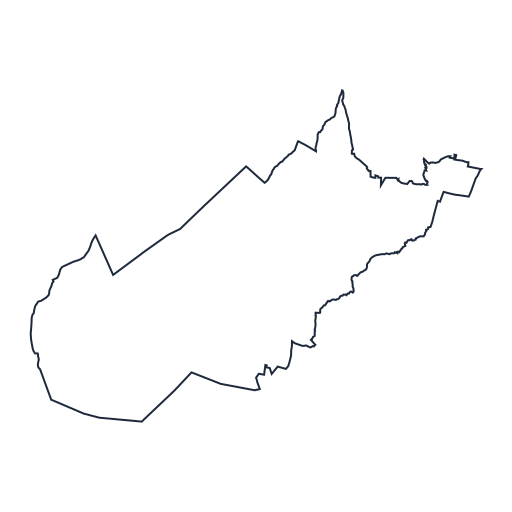 Nanacamilpa de Mariano Arista, Tlaxcala, Mexico (Natural Earth projection)
{"feature_id": "50627088B60175969461115", "entity_name": "Nanacamilpa de Mariano Arista", "entity_type": "district", "adm_level": 2, "iso_a3": "MEX", "parent_name": "Mexico", "parent_adm1": "Tlaxcala", "projection": "natural_earth1", "projection_center": [-98.513, 19.508], "detail": "fine", "context": "isolated", "style": "outline", "palette": "slate", "viewbox_px": 512, "rotation_deg": 0, "n_neighbors": 0, "source": "geoboundaries", "source_scale": "gbopen_adm2", "svg_char_len": 6045}
<svg xmlns="http://www.w3.org/2000/svg" viewBox="0 0 512 512"><path d="M259.8,389.0L257.5,382.7L256.1,377.6L258.8,373.8L264.1,374.7L265.4,365.0L266.7,365.4L266.2,367.3L269.7,368.0L271.7,373.9L277.7,366.6L285.9,368.9L288.2,366.2L289.4,362.4L290.5,358.0L291.1,355.0L291.2,350.4L291.9,346.3L292.0,341.2L294.7,343.2L301.9,345.7L302.5,345.9L304.0,345.9L306.0,345.4L309.2,347.0L310.4,347.4L310.9,347.3L312.5,346.2L313.2,346.2L313.9,346.4L314.7,345.2L315.3,344.8L310.9,339.8L311.6,339.2L312.0,339.2L313.0,336.9L314.6,336.1L314.7,335.9L314.7,331.9L315.0,331.0L315.1,330.4L314.7,330.0L314.7,329.4L315.2,327.7L315.6,324.4L315.2,321.0L315.9,316.7L315.8,316.2L315.5,315.8L315.5,315.1L315.8,314.7L315.8,314.4L315.8,314.1L315.5,313.2L315.6,312.7L319.9,312.9L320.3,311.9L320.1,310.4L320.4,309.0L322.1,307.6L323.8,305.5L324.0,305.3L325.0,305.2L325.6,304.7L326.2,303.3L327.2,302.4L327.6,301.3L327.9,301.0L328.7,300.9L329.4,301.4L330.0,301.4L330.9,300.4L333.1,299.4L335.9,299.9L336.9,299.2L337.9,299.2L339.6,297.8L340.0,296.6L340.5,296.3L341.0,295.8L342.6,295.7L343.1,294.9L343.7,294.5L344.5,294.7L345.4,294.5L346.5,295.2L347.5,293.6L348.9,293.6L349.1,293.0L350.4,291.7L351.3,291.6L352.7,292.6L353.2,292.3L353.6,291.3L353.6,290.5L353.4,289.2L353.5,288.4L352.6,286.5L352.7,284.4L352.3,282.6L352.5,281.4L352.4,281.2L351.8,280.7L351.5,279.9L351.6,278.2L351.8,277.0L352.3,276.5L353.1,276.2L353.4,275.7L354.4,275.1L356.0,275.1L357.1,275.9L357.6,275.7L357.9,275.1L360.5,272.4L362.9,271.6L363.6,270.8L364.8,270.3L365.4,269.7L365.9,269.6L366.4,268.8L366.8,267.9L367.0,266.1L367.0,264.7L367.2,264.0L367.6,263.3L369.5,261.4L370.0,259.6L370.5,259.0L371.4,257.9L372.3,257.2L374.6,255.8L377.2,254.9L379.0,254.8L380.3,254.4L382.5,254.1L384.3,254.3L386.4,253.4L389.6,254.2L390.7,253.4L394.4,253.2L394.9,252.2L397.3,253.2L397.2,251.8L398.2,251.6L399.2,252.2L401.6,248.6L402.3,248.5L402.8,247.1L405.4,245.9L404.7,243.4L405.0,242.7L405.3,242.4L405.5,242.4L406.5,242.7L406.7,242.1L407.0,241.9L407.7,240.6L408.1,240.2L408.7,240.1L409.5,240.3L410.5,239.7L410.8,239.3L411.3,239.2L411.6,239.3L411.9,240.4L412.0,240.5L412.3,240.6L412.6,240.4L412.8,240.4L413.1,240.5L413.7,240.5L414.5,240.2L415.2,239.6L415.7,239.5L415.8,238.4L420.0,236.3L423.7,236.3L425.0,234.3L425.1,234.0L425.1,232.8L426.3,231.0L426.0,230.1L426.0,229.8L426.2,229.6L427.1,229.7L428.0,229.1L428.3,228.2L428.2,227.3L430.5,227.0L432.3,221.8L433.7,215.9L437.7,200.9L440.0,201.7L442.8,193.9L443.7,191.9L450.2,193.6L455.6,194.8L458.5,195.1L468.8,196.6L471.0,191.5L475.7,178.4L477.4,176.0L478.3,174.2L479.5,171.5L480.5,169.8L481.3,169.0L480.0,168.9L467.8,166.5L468.3,164.6L468.4,162.2L466.6,162.2L462.2,160.6L457.7,160.1L454.5,159.5L455.7,157.4L456.2,155.1L454.5,154.7L454.5,156.9L453.9,158.5L449.7,157.6L450.4,156.3L448.9,156.2L447.5,156.4L446.0,156.9L440.9,159.4L439.4,161.4L438.5,162.1L435.6,162.9L432.4,162.4L432.1,162.6L430.7,162.5L430.0,162.9L429.5,163.6L429.0,163.6L427.0,161.9L423.9,158.7L423.6,159.5L424.1,160.4L424.1,162.7L424.7,163.4L424.7,164.0L425.3,164.3L425.2,165.0L425.8,165.1L425.5,165.8L426.4,166.6L426.6,167.6L426.6,167.8L425.4,167.9L426.3,170.5L425.3,170.2L424.6,170.4L424.3,171.8L423.6,173.6L423.3,174.9L424.3,177.8L425.2,179.7L425.8,180.7L426.1,180.5L426.9,180.8L427.3,181.6L427.2,182.1L427.6,182.3L426.9,184.0L427.3,184.8L425.8,184.9L424.7,184.6L423.9,183.9L422.3,184.0L421.1,184.6L419.8,184.2L416.6,184.3L414.2,183.8L413.4,183.6L413.0,183.3L412.7,183.0L412.3,181.6L411.3,180.9L409.6,181.1L407.1,184.1L406.1,183.7L404.5,183.7L401.3,182.8L399.3,181.2L398.2,179.6L398.3,179.2L397.8,179.5L397.7,179.9L396.4,177.9L385.5,177.8L385.3,177.9L380.9,185.3L381.1,177.7L378.3,177.6L378.1,176.3L375.4,175.4L375.3,177.8L372.9,177.5L370.6,176.7L370.5,171.0L369.2,171.2L368.5,170.7L368.3,170.0L367.7,169.8L366.8,168.4L366.9,167.3L367.1,167.1L366.4,166.2L359.0,159.6L356.6,158.2L354.7,156.2L354.2,153.7L352.1,153.9L351.8,153.7L351.9,150.9L352.1,150.1L352.5,149.7L353.0,149.6L353.1,149.2L353.0,148.7L352.6,147.6L352.2,145.4L351.5,142.7L351.4,141.8L351.4,140.9L350.7,136.5L350.1,133.7L350.0,132.2L349.0,128.7L349.0,125.9L349.1,124.9L348.9,122.8L348.1,120.0L347.9,118.3L346.9,115.6L346.6,114.2L346.1,112.7L345.6,109.8L344.1,105.7L343.5,105.0L343.1,104.1L342.4,101.2L342.2,100.4L342.4,99.7L343.1,98.4L343.4,97.2L343.3,96.1L343.4,94.4L343.4,92.8L342.9,92.2L342.8,90.8L342.1,90.4L341.4,93.0L341.1,93.5L341.0,94.5L340.1,95.6L339.5,97.1L339.0,99.8L338.5,101.6L338.5,102.6L338.1,103.4L337.2,104.5L336.9,105.5L337.2,105.8L337.2,106.1L336.1,107.8L335.7,109.6L335.5,113.0L334.4,116.4L331.8,117.9L331.1,118.2L329.7,119.6L328.5,120.0L327.5,120.6L327.1,121.1L325.6,121.8L324.3,124.7L323.0,126.2L322.4,129.4L320.9,130.8L320.2,132.1L319.7,132.2L318.8,132.2L317.9,133.9L317.7,134.4L317.6,138.2L317.3,140.9L316.6,143.1L316.2,145.6L315.8,146.5L315.6,147.4L315.6,149.0L316.0,150.7L316.0,151.3L306.1,145.4L298.2,141.2L297.7,142.0L294.7,150.3L293.0,151.7L292.1,152.7L290.7,153.9L288.8,154.6L288.1,155.5L287.8,156.0L283.9,159.3L283.5,160.2L282.6,161.0L282.0,161.8L280.7,162.0L278.3,164.4L277.2,165.8L275.2,166.8L274.3,167.8L273.8,168.9L272.8,170.0L272.4,170.8L272.1,171.9L271.6,172.9L271.2,174.5L270.3,175.2L267.9,179.9L266.4,181.4L264.6,182.8L256.3,175.5L249.7,169.5L246.1,166.4L203.1,206.8L187.4,221.9L180.1,229.0L169.1,234.3L166.8,235.7L143.3,252.4L139.4,255.4L113.1,274.9L95.6,235.4L93.4,238.8L92.2,241.0L91.2,243.5L90.4,246.2L88.6,250.6L83.7,257.4L81.5,258.5L80.8,259.2L77.4,260.5L73.5,261.7L62.2,266.9L60.3,269.5L58.7,275.2L57.9,276.4L57.3,277.8L52.7,279.9L53.5,281.6L52.2,283.1L51.5,285.8L49.4,290.5L49.2,293.2L48.7,295.0L46.3,297.5L41.1,300.8L38.3,301.5L35.5,305.6L35.0,306.6L34.1,310.6L33.7,313.2L32.6,314.6L31.9,316.8L31.7,317.9L31.4,325.1L30.7,333.8L31.0,338.5L31.5,342.1L32.7,348.5L33.2,350.3L35.0,353.4L37.7,353.4L38.1,354.2L37.9,356.1L38.5,357.7L38.8,359.4L38.5,361.1L38.1,362.5L37.9,364.1L37.9,365.4L38.1,366.7L38.5,367.6L40.1,369.3L51.2,399.7L83.7,413.6L99.3,417.7L141.7,421.6L174.4,390.6L191.5,372.4L220.8,383.9L254.4,390.2L255.7,390.1L256.8,389.6L257.8,389.7L259.8,389.0Z" fill="none" stroke="#1e293b" stroke-width="2"/></svg>